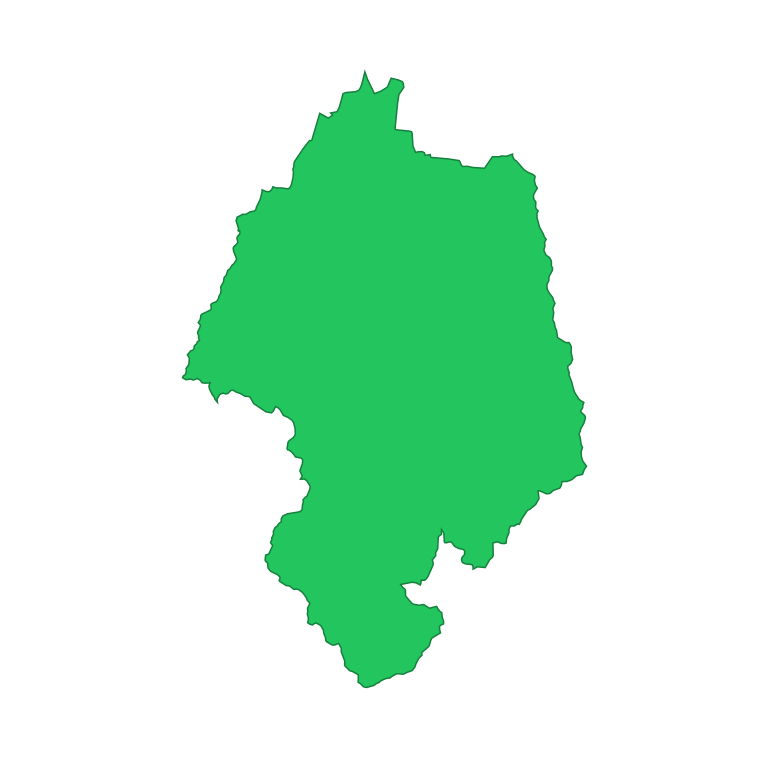 Luc Yen, Yên Bái, Vietnam (orthographic projection), rotated 214°
{"feature_id": "81297802B97878568873252", "entity_name": "Luc Yen", "entity_type": "district", "adm_level": 2, "iso_a3": "VNM", "parent_name": "Vietnam", "parent_adm1": "Yên Bái", "projection": "orthographic", "projection_center": [104.703, 22.111], "detail": "fine", "context": "isolated", "style": "filled", "palette": "green", "viewbox_px": 768, "rotation_deg": 214, "n_neighbors": 0, "source": "geoboundaries", "source_scale": "gbopen_adm2", "svg_char_len": 6171}
<svg xmlns="http://www.w3.org/2000/svg" viewBox="0 0 768 768"><g transform="rotate(214 384 384)"><path d="M386.4,242.9L384.6,240.3L384.0,238.2L381.7,234.1L381.9,232.3L382.7,230.7L391.6,222.3L394.1,218.0L393.7,214.6L392.2,212.4L393.1,209.7L393.3,205.7L394.0,204.2L393.4,200.0L391.6,197.6L391.0,193.6L390.1,192.6L389.4,189.2L387.8,188.3L386.0,187.9L384.5,179.2L384.9,177.8L386.5,176.0L384.1,171.5L382.9,170.8L380.7,170.7L377.3,166.7L374.5,165.6L373.0,165.3L365.4,166.4L362.9,165.9L362.2,165.6L361.3,164.2L361.1,162.6L360.0,162.0L352.5,162.2L349.4,163.7L343.9,163.3L341.3,165.4L339.0,165.8L334.8,165.6L328.9,163.4L326.5,161.7L322.8,160.8L322.0,155.3L320.1,153.0L318.8,150.2L316.5,148.4L315.1,146.6L313.8,143.4L311.1,143.4L308.6,144.2L307.3,147.6L303.3,148.4L300.9,148.2L296.9,146.2L294.2,143.4L291.3,141.6L288.9,138.9L287.5,138.2L280.7,138.7L278.8,140.2L276.7,143.4L276.2,143.3L271.7,141.1L269.6,138.0L261.8,132.5L259.3,128.8L258.5,128.4L252.2,127.1L249.0,128.1L243.1,128.5L242.1,127.8L238.6,122.2L235.6,122.4L232.0,121.5L229.4,122.3L228.3,123.1L223.8,128.5L222.6,131.7L221.1,133.9L220.9,135.5L219.9,137.5L217.6,141.0L214.7,143.6L213.5,147.1L211.5,150.6L210.3,151.7L205.7,154.2L203.7,157.7L200.4,162.2L200.1,166.6L201.1,170.1L201.7,176.5L200.8,180.3L202.2,182.0L202.4,183.1L200.4,190.2L200.2,192.4L202.0,198.1L202.1,200.4L198.0,209.3L200.2,211.1L202.4,214.0L202.2,215.7L200.5,218.3L201.6,220.3L205.6,223.5L208.2,226.7L210.7,226.8L214.1,227.9L215.4,228.9L216.2,228.9L221.0,223.5L227.3,223.4L228.6,222.8L231.0,220.3L236.7,217.8L238.4,217.8L247.5,220.3L251.0,225.1L252.0,225.6L255.1,225.9L258.1,227.1L250.0,235.2L246.1,237.2L241.6,237.6L241.6,238.5L243.4,242.2L240.6,243.9L240.0,246.2L239.9,249.2L242.0,260.8L242.6,262.5L245.6,265.3L245.1,270.4L246.9,273.2L247.3,277.3L253.2,287.1L253.4,288.4L252.3,291.5L255.0,295.5L252.2,294.5L250.4,293.1L246.0,287.1L244.7,286.5L243.3,287.4L241.7,289.5L239.5,290.7L236.0,289.2L233.7,288.9L229.7,289.5L226.5,291.0L224.1,291.0L221.9,287.8L222.3,283.8L221.7,282.0L219.8,280.2L218.6,279.9L215.7,280.5L210.0,283.5L208.1,282.5L206.6,280.3L204.3,284.7L197.5,288.4L198.1,297.8L197.3,300.6L197.4,302.7L204.8,313.1L201.8,316.5L197.2,317.6L195.0,319.0L193.8,320.4L196.0,324.6L197.2,330.5L199.2,333.6L199.7,336.4L199.3,337.4L196.5,339.2L195.4,342.1L193.4,343.4L193.6,346.0L194.3,348.2L194.4,359.5L193.0,361.8L190.9,368.8L191.4,375.7L196.5,381.6L195.9,382.3L187.7,383.9L185.3,386.0L184.0,390.6L180.0,396.1L180.3,398.9L181.8,402.7L177.9,405.4L175.6,408.4L174.7,410.1L173.2,415.5L168.9,420.1L170.1,424.9L170.1,429.1L176.0,431.2L179.8,434.3L182.7,438.0L183.9,442.3L186.6,444.0L191.2,449.1L194.4,451.6L194.9,454.8L195.8,456.4L196.3,463.1L197.8,467.9L198.8,469.5L200.2,470.2L204.5,470.8L205.9,471.4L206.0,475.4L207.2,477.4L208.0,480.5L211.0,480.2L214.0,480.5L220.8,483.4L224.0,485.7L229.7,490.8L235.6,494.9L236.6,496.9L240.1,499.5L241.6,501.5L240.5,505.6L241.4,509.9L246.6,514.9L249.1,519.0L250.8,520.5L253.7,521.8L256.0,520.3L257.7,519.8L266.1,519.6L271.2,525.1L273.4,526.3L277.1,530.1L279.9,531.4L283.2,538.1L286.3,541.1L287.4,546.6L290.4,548.2L292.3,550.0L297.1,551.5L301.5,553.7L304.6,557.5L305.2,562.0L307.2,565.2L307.9,572.2L309.0,574.3L311.5,575.8L313.4,578.8L314.6,579.9L317.2,581.3L322.2,581.6L325.6,583.8L326.6,585.0L327.5,588.0L330.2,591.4L330.4,594.6L333.3,595.6L335.9,597.5L342.7,601.0L349.9,607.2L352.5,610.8L353.0,613.7L355.9,614.3L357.3,615.6L359.9,619.8L362.9,620.9L365.3,623.3L366.0,625.7L366.4,632.1L369.8,633.7L372.6,636.3L373.6,637.6L374.4,640.0L375.2,640.8L377.0,641.0L384.1,639.9L387.9,640.0L398.8,642.9L401.6,642.9L404.6,644.6L406.0,646.5L409.7,641.4L414.0,638.8L416.1,636.4L421.2,633.1L421.3,619.1L431.4,613.2L436.2,611.3L440.6,608.3L442.5,608.8L445.4,610.8L446.7,611.2L456.1,606.8L471.7,598.2L472.4,598.4L474.0,600.0L477.7,596.6L479.8,598.3L482.3,598.0L485.0,596.1L487.4,593.7L493.1,597.5L500.8,607.5L502.2,608.5L504.0,608.0L516.1,601.6L517.5,601.6L529.7,624.3L533.5,632.3L533.4,640.9L536.2,644.1L538.0,644.9L542.0,644.1L549.1,641.5L547.3,632.6L547.4,631.6L550.5,624.7L554.3,619.4L568.1,627.4L574.4,632.1L569.9,619.7L569.1,615.6L569.2,613.2L571.1,610.4L578.7,604.2L580.3,601.8L576.0,589.1L575.1,583.6L579.8,578.8L577.2,578.3L577.0,577.9L578.8,573.3L588.6,572.5L580.2,545.7L580.5,544.9L581.7,544.4L582.0,543.1L582.6,534.1L582.6,518.7L582.1,516.8L580.2,513.6L579.6,511.0L577.7,509.2L574.9,504.4L572.2,497.3L571.8,493.7L572.8,492.1L579.0,489.0L583.0,486.2L586.4,485.4L585.8,482.2L586.7,479.2L589.6,477.6L593.6,476.8L592.3,474.5L589.9,467.9L588.7,459.5L587.7,456.4L588.4,454.7L591.3,451.8L593.3,447.4L596.3,445.5L596.5,444.6L599.1,440.2L597.8,436.5L591.6,431.7L590.8,429.6L590.1,429.4L589.4,430.3L588.0,428.9L587.5,427.4L588.0,424.7L587.4,422.5L584.4,419.7L584.5,416.8L585.3,413.8L584.9,412.1L582.6,409.7L576.5,405.6L575.8,404.4L575.7,400.1L576.4,397.4L576.2,393.3L577.1,390.7L575.6,385.9L576.1,382.8L574.1,378.7L573.8,374.0L573.4,372.7L572.0,371.4L570.2,368.0L569.8,363.9L569.0,362.4L568.9,358.8L571.4,355.1L572.0,353.4L571.7,352.6L569.5,350.2L569.2,348.4L574.1,339.9L574.2,338.5L572.5,335.0L572.3,330.9L569.2,330.3L568.2,327.8L567.6,323.0L566.6,321.7L564.4,320.2L564.0,319.0L561.3,316.9L562.4,314.7L561.8,312.7L562.6,309.4L561.3,307.1L561.2,306.2L561.3,305.4L562.8,303.4L563.3,298.2L559.7,296.5L557.1,291.7L556.6,290.6L556.8,286.3L554.6,283.3L554.0,280.7L554.9,278.5L554.5,276.5L550.6,276.8L547.0,280.0L544.2,280.7L541.6,284.3L538.6,284.3L535.5,283.3L533.5,284.2L529.6,287.0L529.1,287.8L528.7,287.6L528.1,284.5L525.9,282.3L520.2,279.0L517.5,278.3L515.8,276.9L511.9,275.7L514.0,278.1L514.3,283.0L514.0,284.2L512.1,286.6L509.9,287.1L508.3,288.5L507.3,293.0L506.1,294.5L502.2,294.6L497.7,295.8L492.5,296.1L488.2,298.4L481.0,294.9L466.3,294.9L461.1,297.2L460.6,299.7L461.3,304.7L458.2,305.0L455.6,304.5L449.8,301.7L445.0,302.6L440.1,302.5L437.1,301.3L433.0,297.5L429.6,293.1L429.1,290.9L429.3,288.5L430.9,284.2L431.0,282.1L428.2,276.1L426.9,275.6L425.7,276.1L423.0,276.0L419.1,275.1L416.7,274.0L411.0,276.3L409.1,275.7L407.2,272.5L405.2,265.0L400.3,261.9L400.0,258.3L396.9,260.7L394.0,260.6L388.2,258.0L387.6,257.2L386.7,255.4L385.3,248.9L385.3,247.5L386.0,246.0L386.4,242.9Z" fill="#22c55e" stroke="#15803d" stroke-width="1.5"/></g></svg>